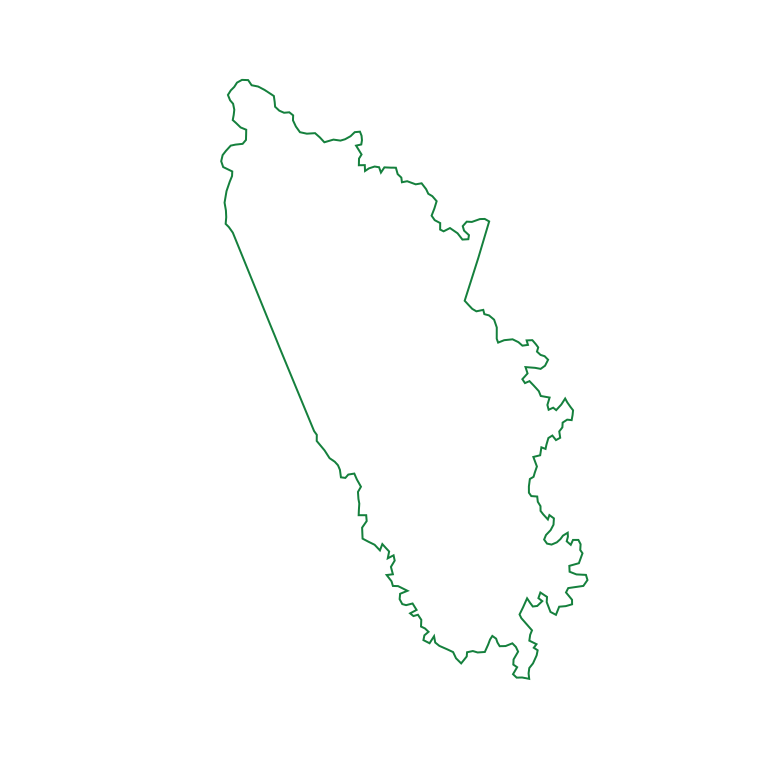 the district of Rio Azul, Paraná, Brazil, rotated 27°
{"feature_id": "56859067B94937629872917", "entity_name": "Rio Azul", "entity_type": "district", "adm_level": 2, "iso_a3": "BRA", "parent_name": "Brazil", "parent_adm1": "Paraná", "projection": "albers", "projection_center": [-50.76, -25.731], "detail": "fine", "context": "isolated", "style": "outline", "palette": "green", "viewbox_px": 768, "rotation_deg": 27, "n_neighbors": 0, "source": "geoboundaries", "source_scale": "gbopen_adm2", "svg_char_len": 4017}
<svg xmlns="http://www.w3.org/2000/svg" viewBox="0 0 768 768"><g transform="rotate(27 384 384)"><path d="M180.6,317.8L255.8,382.9L264.9,390.7L274.2,398.8L326.6,443.6L343.1,457.7L347.2,459.8L349.9,465.3L361.1,470.1L369.2,474.8L375.4,475.6L379.9,477.3L383.7,480.5L388.0,486.7L392.2,485.2L393.3,480.9L398.2,477.3L403.2,481.4L410.1,486.0L409.8,492.0L413.4,498.0L416.3,501.8L418.7,507.4L421.0,512.4L427.7,509.0L430.8,514.0L429.7,521.9L435.1,531.5L441.9,531.6L448.6,531.5L455.9,534.1L455.2,527.4L460.2,529.3L464.6,530.9L466.5,537.6L470.3,532.3L473.7,536.5L473.2,543.8L478.3,549.5L473.1,553.0L480.3,556.4L483.6,559.9L488.3,557.7L498.8,557.6L493.6,563.6L495.6,568.6L500.2,571.8L504.1,571.0L509.1,566.6L515.6,570.5L511.4,576.5L515.6,577.4L519.0,574.2L524.3,577.2L527.1,583.3L531.5,583.2L536.2,584.6L534.1,589.6L535.4,594.3L542.3,594.3L543.1,586.0L547.0,591.1L552.2,592.2L560.9,591.7L567.3,591.5L572.7,595.7L579.6,597.9L581.4,589.2L579.8,585.3L584.4,581.6L589.3,580.7L595.5,577.0L595.1,568.9L594.5,563.5L594.9,559.3L599.5,560.0L602.4,562.8L606.1,565.1L611.3,562.3L616.1,556.8L620.9,558.4L625.0,561.6L624.5,570.6L626.6,575.3L631.2,575.9L630.7,584.0L635.5,585.4L640.3,582.8L647.2,580.8L644.2,576.2L642.4,571.1L643.6,565.3L643.2,556.5L641.8,551.5L637.2,551.0L638.0,546.6L630.0,546.7L628.1,541.1L627.7,536.3L612.7,530.3L609.4,527.8L609.3,520.0L608.8,510.0L613.4,512.6L617.6,514.7L621.3,512.2L623.6,505.6L618.8,504.7L618.0,498.8L625.9,499.7L628.0,504.5L635.8,511.5L642.0,511.6L641.2,502.9L646.8,499.4L651.6,494.9L649.5,490.9L640.8,487.1L640.8,482.2L653.3,473.4L654.3,466.3L650.6,462.4L641.9,466.3L634.6,467.0L631.7,461.9L639.0,455.2L637.7,444.7L634.2,442.8L631.9,437.5L628.0,434.7L623.2,437.1L623.4,442.5L618.2,441.2L617.2,436.6L615.2,433.1L612.3,437.9L611.6,442.1L609.9,446.6L606.2,451.0L601.7,452.2L597.3,449.9L596.9,445.0L598.8,438.6L598.9,432.4L596.4,426.6L590.9,425.7L591.5,430.3L584.9,427.8L581.1,426.0L578.9,421.8L574.5,419.1L571.6,414.7L566.1,417.0L562.5,415.1L559.6,409.5L557.1,402.4L559.4,398.8L558.6,394.6L557.7,388.1L550.2,381.2L555.5,376.6L553.0,369.0L557.4,368.5L556.3,364.4L555.0,357.5L557.4,353.5L562.7,355.9L565.4,351.9L561.7,346.7L562.6,341.6L560.7,337.3L563.4,332.6L567.6,331.0L566.1,326.0L564.4,321.6L560.6,319.8L555.7,317.2L552.0,314.7L551.3,321.8L549.3,329.1L545.5,328.3L542.4,332.2L539.1,328.5L537.7,320.9L529.1,323.5L525.2,320.1L518.1,317.4L512.3,315.4L509.2,319.2L505.1,316.9L507.1,309.4L502.4,304.7L511.3,301.0L516.7,299.4L519.2,294.6L519.2,287.9L514.5,286.3L510.3,287.0L505.6,285.7L504.8,281.4L501.4,279.7L496.3,277.6L491.3,280.4L494.5,283.8L489.9,287.0L484.8,285.7L478.3,285.8L471.2,290.4L466.9,295.3L463.9,292.5L458.8,282.4L452.9,276.7L446.4,275.2L441.7,276.2L438.8,272.9L433.3,277.3L428.5,277.0L423.5,275.2L418.1,273.2L410.8,228.9L403.9,191.4L398.8,191.2L394.6,193.5L388.7,199.7L384.0,201.8L382.5,207.6L385.7,211.0L392.1,212.8L393.4,216.7L388.3,219.7L381.1,216.3L372.0,215.1L367.8,220.9L363.9,220.9L361.0,215.1L354.8,215.0L350.0,212.4L349.2,204.6L347.9,197.2L341.8,194.7L337.1,194.4L333.1,191.3L326.4,188.1L321.6,191.7L312.6,192.8L308.4,196.1L305.7,192.2L300.9,190.8L296.4,185.9L291.5,188.3L286.0,190.8L285.3,197.0L281.2,193.1L276.9,194.5L272.7,198.7L270.4,202.8L267.5,197.7L262.3,200.5L259.4,194.5L259.8,189.7L255.2,186.9L250.9,184.3L255.0,180.9L253.7,176.8L251.3,173.0L248.0,170.1L243.6,172.9L241.7,178.4L238.2,183.6L234.7,186.9L228.0,189.2L221.1,195.7L214.9,193.4L208.7,191.8L201.6,196.0L194.8,197.8L188.6,194.6L183.2,190.4L181.1,185.9L176.3,184.9L171.8,187.7L166.6,188.0L161.1,186.4L158.6,182.4L155.1,177.4L144.1,176.2L136.8,176.1L130.4,177.9L125.0,174.9L119.4,177.5L116.2,182.2L115.7,187.3L114.2,191.9L113.7,197.3L118.1,201.1L122.3,202.8L126.1,207.6L127.9,212.4L129.4,217.5L133.6,218.6L139.8,220.5L145.8,220.0L147.7,223.9L150.2,229.2L149.0,234.2L142.9,238.2L139.2,241.2L137.3,248.1L136.3,253.3L137.8,259.4L142.2,263.7L152.3,263.5L154.2,267.7L154.7,273.7L156.1,283.6L159.6,294.8L164.4,301.2L167.7,307.0L170.2,313.2L174.5,314.6L180.6,317.8Z" fill="none" stroke="#15803d" stroke-width="2"/></g></svg>